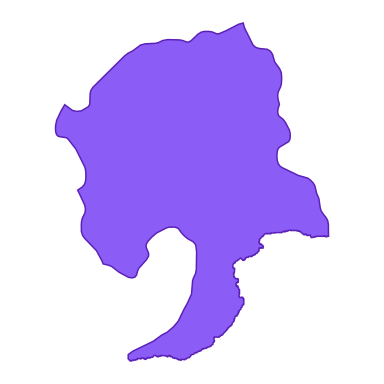 the district of Azua de Compostela, Azua, Dominican Republic
{"feature_id": "3306468B66909438647260", "entity_name": "Azua de Compostela", "entity_type": "district", "adm_level": 2, "iso_a3": "DOM", "parent_name": "Dominican Republic", "parent_adm1": "Azua", "projection": "orthographic", "projection_center": [-70.724, 18.457], "detail": "fine", "context": "isolated", "style": "filled", "palette": "violet", "viewbox_px": 384, "rotation_deg": 0, "n_neighbors": 0, "source": "geoboundaries", "source_scale": "gbopen_adm2", "svg_char_len": 6046}
<svg xmlns="http://www.w3.org/2000/svg" viewBox="0 0 384 384"><path d="M328.5,236.3L328.4,224.9L327.8,220.9L326.4,218.1L322.6,213.2L321.0,210.5L320.2,207.6L318.9,198.6L316.7,193.5L314.8,185.7L313.2,183.0L310.3,180.0L307.7,178.1L298.2,175.4L281.9,167.5L279.7,165.8L278.1,163.4L277.2,160.3L276.9,157.0L277.1,152.6L277.7,149.6L279.3,147.3L288.8,141.5L290.0,139.0L290.3,136.1L290.1,133.1L289.4,130.1L285.5,122.5L283.3,119.6L278.7,115.8L277.8,113.4L277.8,109.7L279.4,104.3L277.9,98.7L277.7,94.7L278.3,91.8L280.6,86.8L281.4,83.7L281.7,78.1L281.3,72.6L279.6,68.7L274.7,62.0L272.6,54.5L270.5,51.3L267.3,49.3L259.4,48.5L256.5,47.7L254.9,46.8L252.9,44.8L244.5,27.8L243.2,23.0L238.5,24.3L225.9,30.8L219.0,33.7L217.0,33.9L212.0,31.9L208.8,31.4L204.3,31.4L201.1,32.2L197.8,34.3L191.1,40.7L188.7,42.0L187.0,42.1L182.3,40.4L179.3,39.9L167.7,39.6L162.7,40.5L158.6,42.5L155.8,43.3L145.4,43.8L140.6,45.0L133.0,50.7L127.8,53.4L124.5,56.0L93.1,87.1L91.3,89.7L90.5,91.6L90.1,94.6L89.8,103.6L89.2,105.4L88.2,106.8L81.2,110.9L76.2,111.4L72.3,110.3L64.7,104.7L61.2,110.7L56.7,120.2L55.6,125.6L55.5,128.8L55.7,132.0L56.7,134.8L58.0,136.1L59.7,136.7L65.8,137.6L67.4,138.3L68.5,139.6L75.9,149.1L84.9,167.2L85.6,170.4L85.9,174.8L85.8,179.3L85.2,182.5L84.3,184.5L82.4,186.9L77.7,190.1L84.5,204.6L85.4,208.5L85.1,212.5L82.3,218.3L81.6,221.3L81.3,224.4L81.4,231.7L82.7,235.6L84.5,238.2L96.5,250.7L102.0,261.0L103.1,263.9L108.9,265.3L111.7,266.5L119.2,272.3L128.4,277.3L132.2,277.9L134.8,277.2L136.5,275.2L137.6,270.9L138.8,268.3L146.4,259.8L148.4,256.5L148.7,254.6L148.4,252.7L146.4,248.0L146.1,246.2L146.3,244.2L147.7,241.6L151.8,237.1L156.6,233.0L166.0,228.1L168.9,227.2L174.8,227.1L178.3,228.4L181.4,232.8L184.2,235.8L187.4,238.5L193.2,241.8L195.1,243.9L195.9,245.7L196.6,252.0L196.3,269.6L195.5,273.7L193.5,277.9L192.6,280.7L191.5,294.1L187.2,303.6L184.4,308.5L178.1,321.4L173.4,326.9L167.1,332.3L161.8,335.0L153.4,341.2L132.8,351.2L128.2,354.6L128.2,358.9L130.3,361.0L131.2,361.0L131.2,360.5L133.1,360.5L133.1,360.1L135.1,360.1L135.1,359.7L136.7,359.7L136.7,359.3L137.5,359.3L137.9,358.4L140.7,358.9L140.7,358.4L141.5,358.4L141.5,358.0L143.5,358.0L143.5,358.4L144.3,358.4L144.3,358.9L145.1,358.9L145.1,359.3L145.9,359.3L146.3,358.4L147.1,358.4L147.1,358.0L147.9,358.0L147.9,357.6L149.5,357.6L149.5,358.0L149.9,358.0L149.9,357.6L152.7,357.2L153.9,355.5L155.8,355.5L155.8,355.9L157.4,356.3L157.4,356.8L158.2,356.8L158.2,356.3L159.8,356.3L159.8,355.9L161.0,355.9L161.0,355.5L166.6,355.9L166.6,356.4L167.4,356.4L167.4,356.8L167.8,356.8L168.6,355.5L169.4,355.5L169.4,355.9L170.2,355.9L170.2,356.4L171.0,356.4L171.0,356.8L172.2,356.8L172.6,357.6L173.4,357.6L173.4,358.0L174.6,358.0L174.6,358.4L177.0,358.4L177.3,359.3L178.5,359.3L178.5,359.7L180.1,359.7L180.1,360.1L181.3,360.1L181.7,359.3L184.9,359.7L185.3,358.9L186.5,358.9L186.9,358.0L189.3,357.6L189.3,357.2L190.5,356.4L190.5,355.5L190.9,355.5L191.3,354.7L193.7,354.3L194.5,353.0L195.7,353.0L195.7,352.6L196.9,352.6L196.9,352.2L199.3,351.3L199.3,350.9L200.5,350.9L200.5,350.5L201.2,350.5L202.0,349.2L202.8,349.2L202.8,348.8L203.6,348.8L203.6,348.4L206.0,348.4L206.0,348.0L207.6,347.5L207.6,347.1L210.0,346.7L210.4,345.9L211.2,345.9L212.0,344.6L212.8,344.6L213.2,342.5L214.0,342.1L214.0,341.2L214.4,341.2L214.4,340.4L214.0,340.4L214.0,337.5L214.4,337.5L214.4,337.1L219.2,337.1L219.6,336.2L220.4,336.2L220.8,335.4L222.3,335.0L222.3,334.5L222.8,334.5L224.3,332.4L224.7,332.4L225.5,331.2L226.7,330.3L226.7,329.5L227.5,329.1L227.9,327.8L228.7,327.8L229.9,326.1L230.7,326.1L231.1,325.3L231.9,324.9L232.3,322.8L233.9,321.5L233.9,319.9L234.3,319.9L234.3,318.6L234.7,318.6L235.1,316.5L236.3,316.1L236.3,315.7L237.1,315.7L237.1,314.8L237.5,314.8L237.9,313.6L238.3,313.6L238.3,312.3L238.7,312.3L238.7,311.5L239.1,311.5L239.1,310.6L240.7,309.4L241.1,307.7L241.9,307.3L241.9,306.0L242.3,306.0L243.0,304.7L243.5,304.7L243.5,303.9L243.8,303.9L243.8,300.6L243.5,300.6L243.5,299.3L243.8,299.3L243.8,298.9L243.0,298.4L243.0,297.6L241.9,297.6L241.9,297.2L239.9,297.6L239.5,296.8L239.1,296.8L239.1,293.8L239.5,293.8L239.1,292.2L239.5,292.2L239.5,289.6L238.7,289.2L238.3,287.1L237.5,287.1L237.5,285.9L236.7,286.3L236.3,285.0L235.9,285.0L236.3,282.9L236.7,282.9L236.7,282.5L237.5,282.5L237.5,282.1L238.3,282.1L238.3,279.1L237.5,279.1L237.5,278.7L235.5,278.7L234.7,277.5L234.3,277.5L234.3,276.6L233.9,276.6L233.5,273.7L233.9,273.7L233.9,272.9L234.3,272.9L234.7,269.1L234.3,269.1L234.3,268.2L233.5,268.2L233.5,267.8L232.7,267.4L233.1,264.0L233.9,263.6L234.3,262.8L235.1,262.8L235.1,261.9L235.5,261.9L235.9,261.1L237.5,260.7L237.9,259.8L238.7,259.8L239.1,259.0L240.3,258.6L240.3,258.2L241.1,258.2L242.7,260.3L243.8,260.3L243.8,259.8L244.6,259.8L244.6,259.4L245.4,259.0L245.4,258.2L246.2,257.8L246.2,257.3L248.2,257.3L248.6,256.5L251.4,256.5L251.4,256.1L252.2,256.1L252.2,255.7L253.8,255.2L253.8,254.8L254.6,254.8L254.6,254.4L255.4,254.4L256.2,253.1L257.0,253.1L257.0,252.7L258.6,251.5L258.6,250.6L259.0,250.6L259.0,248.5L259.4,248.5L259.4,248.1L260.2,248.1L260.2,247.7L261.0,247.7L261.0,248.1L263.0,248.1L263.3,246.8L263.0,246.8L263.0,246.0L262.6,246.0L262.6,245.2L261.4,244.7L261.4,244.3L260.6,244.3L260.6,243.9L259.8,243.9L259.8,243.5L259.0,243.1L259.0,241.8L259.4,241.8L259.4,239.7L259.8,239.7L259.8,238.9L261.0,238.0L261.4,237.2L261.8,237.2L262.2,236.3L263.0,236.3L263.3,235.5L263.7,235.5L264.5,233.8L266.5,233.8L266.5,233.4L267.7,233.4L267.7,233.8L270.1,233.8L270.1,233.4L271.3,233.4L271.3,233.0L274.9,233.0L274.9,232.6L281.7,232.6L281.7,232.1L284.1,231.7L284.1,231.3L284.8,231.7L284.8,231.3L286.8,231.3L286.8,230.9L288.0,230.9L288.0,230.5L290.8,230.1L290.8,230.5L297.2,230.5L297.2,230.9L298.4,230.9L298.4,231.3L300.0,231.3L300.0,231.7L300.8,231.7L301.2,232.6L302.0,233.0L302.4,233.8L304.0,234.2L304.0,234.7L305.5,234.7L305.5,234.2L306.3,234.2L306.7,235.1L307.5,235.1L307.5,235.5L310.3,235.1L310.7,236.8L311.5,237.2L311.5,237.6L314.3,237.2L314.3,236.8L315.9,236.8L315.9,236.3L323.5,236.3L323.5,235.9L324.3,235.9L324.3,236.3L325.9,236.3L325.9,236.8L326.6,236.8L326.6,236.3L328.5,236.3Z" fill="#8b5cf6" stroke="#5b21b6" stroke-width="1.5"/></svg>